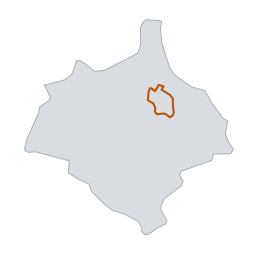 Orahovac highlighted on a map of Kosovo, rotated 177°
{"feature_id": "KOS-5891", "entity_name": "Orahovac", "entity_type": "District", "adm_level": 1, "iso_a3": "XKX", "parent_name": "Kosovo", "parent_adm1": "", "projection": "natural_earth1", "projection_center": [20.611, 42.394], "detail": "fine", "context": "in_parent", "style": "outline", "palette": "amber", "viewbox_px": 256, "rotation_deg": 177, "n_neighbors": 0, "source": "natural_earth", "source_scale": "10m", "svg_char_len": 1368}
<svg xmlns="http://www.w3.org/2000/svg" viewBox="0 0 256 256"><g transform="rotate(177 128 128)"><path d="M61.9,86.7L76.9,82.1L79.1,78.9L75.7,71.9L77.7,67.6L95.7,55.2L98.6,49.6L99.7,45.2L97.3,40.6L93.9,33.3L95.6,30.2L104.9,26.0L112.5,21.0L117.0,20.7L119.8,24.2L119.8,27.8L122.3,34.0L127.9,37.3L137.1,42.8L147.9,46.5L156.4,53.9L168.0,67.1L169.7,73.7L180.1,79.5L189.8,86.1L188.4,98.3L221.3,109.0L228.7,108.9L232.2,110.8L232.1,113.6L229.6,122.1L216.2,148.4L215.1,153.8L205.4,159.6L204.1,162.9L206.9,170.1L209.4,175.2L209.2,175.2L188.5,179.4L181.5,184.4L177.4,193.1L176.0,197.7L172.4,197.8L166.3,193.3L158.5,186.3L148.5,186.8L114.4,202.1L111.0,210.2L110.3,227.6L107.9,232.3L104.3,235.3L90.2,233.4L88.7,232.3L90.5,225.6L89.8,211.0L83.4,186.8L78.9,178.9L69.5,171.0L62.3,165.8L49.2,161.2L42.6,148.0L32.7,132.9L27.9,129.5L28.7,128.0L31.0,116.6L28.2,108.3L23.8,101.3L26.8,97.0L35.9,97.1L43.5,97.8L46.2,91.1L61.9,86.7Z" fill="#d9dde1" stroke="#a8b0b8" stroke-width="1"/><path d="M90.4,167.6L92.5,164.6L90.4,162.9L88.4,161.6L84.6,159.1L81.8,155.3L81.8,150.5L81.9,145.6L81.4,141.4L82.7,138.1L85.6,136.4L89.5,139.9L91.9,140.7L95.7,140.3L98.5,140.3L100.3,143.1L99.7,146.6L101.6,151.3L104.4,153.2L106.8,154.8L106.2,157.9L105.6,163.0L104.0,166.5L101.9,166.1L100.6,164.6L99.1,163.4L97.2,166.1L95.3,169.3L93.2,168.9L90.4,167.6Z" fill="none" stroke="#b45309" stroke-width="2"/></g></svg>